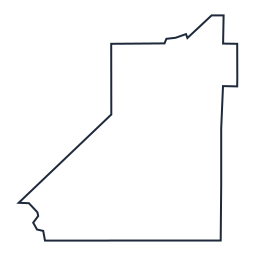 the district of Kings, California, United States of America
{"feature_id": "52423323B67805499468895", "entity_name": "Kings", "entity_type": "district", "adm_level": 2, "iso_a3": "USA", "parent_name": "United States of America", "parent_adm1": "California", "projection": "mercator", "projection_center": [-119.844, 36.139], "detail": "fine", "context": "isolated", "style": "outline", "palette": "slate", "viewbox_px": 256, "rotation_deg": 0, "n_neighbors": 0, "source": "geoboundaries", "source_scale": "gbopen_adm2", "svg_char_len": 440}
<svg xmlns="http://www.w3.org/2000/svg" viewBox="0 0 256 256"><path d="M45.0,240.6L50.1,240.6L220.7,240.5L221.2,184.7L221.2,156.7L221.2,128.6L223.0,86.1L237.2,86.4L237.3,77.1L237.2,43.8L223.1,43.6L223.6,15.4L211.6,15.4L187.4,38.0L186.0,34.1L175.5,37.8L166.4,38.8L164.5,43.4L111.2,43.8L111.3,114.5L18.7,202.8L28.9,203.2L37.4,212.3L38.2,216.0L33.2,222.7L37.0,229.5L43.2,230.9L45.0,240.6Z" fill="none" stroke="#1e293b" stroke-width="2"/></svg>